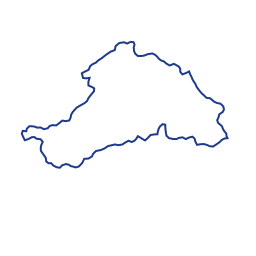 Dom Silvério, Minas Gerais, Brazil, rotated 230°
{"feature_id": "56859067B43340770638367", "entity_name": "Dom Silvério", "entity_type": "district", "adm_level": 2, "iso_a3": "BRA", "parent_name": "Brazil", "parent_adm1": "Minas Gerais", "projection": "equal_earth", "projection_center": [-42.948, -20.12], "detail": "fine", "context": "isolated", "style": "outline", "palette": "blue", "viewbox_px": 256, "rotation_deg": 230, "n_neighbors": 0, "source": "geoboundaries", "source_scale": "gbopen_adm2", "svg_char_len": 2336}
<svg xmlns="http://www.w3.org/2000/svg" viewBox="0 0 256 256"><g transform="rotate(230 128 128)"><path d="M56.3,197.7L58.5,198.3L60.6,199.7L63.5,199.7L66.4,200.2L68.9,201.1L71.1,200.8L74.1,200.3L76.7,201.4L78.0,204.2L79.8,206.7L79.4,210.8L80.5,213.4L83.3,214.9L87.1,214.5L89.9,212.3L92.7,210.9L95.3,210.5L98.0,210.0L100.7,207.5L103.9,207.2L107.3,206.7L110.5,206.7L115.2,207.0L118.5,208.0L121.1,208.2L123.9,208.7L126.3,209.5L129.2,210.1L132.0,211.2L132.8,207.9L134.1,204.1L137.4,204.1L139.9,206.1L142.5,206.4L144.6,205.6L147.7,204.4L149.1,200.1L152.7,198.8L155.9,198.3L158.2,196.9L160.6,196.2L164.1,196.2L166.7,195.8L169.5,194.5L171.8,190.7L173.0,187.1L174.5,184.6L176.9,181.8L180.1,181.3L182.8,182.0L186.0,184.1L187.8,186.7L190.2,187.4L192.2,185.5L193.3,181.6L196.2,180.1L198.7,176.0L198.7,171.2L196.2,167.9L197.6,164.0L198.2,158.4L198.4,152.2L198.9,148.9L198.7,145.4L199.7,141.7L199.7,138.9L197.9,135.2L198.9,131.3L199.6,127.8L197.6,126.9L195.4,125.7L193.2,127.5L191.1,130.8L188.8,127.3L186.0,125.0L182.7,126.7L180.1,127.6L178.0,125.5L177.2,120.8L176.4,117.1L175.0,114.0L175.0,110.7L175.8,106.5L176.6,101.8L176.2,98.7L175.7,95.6L174.6,92.8L172.9,90.8L171.5,87.9L173.3,84.7L175.9,82.4L175.9,79.2L176.1,74.7L178.8,71.9L179.9,69.2L179.4,66.3L181.2,62.8L184.7,61.3L186.7,58.6L189.0,57.4L190.8,55.8L192.8,53.5L192.5,50.1L190.9,48.0L193.4,45.5L191.9,43.0L189.0,42.1L185.0,41.1L183.5,44.7L182.8,48.4L181.3,50.4L178.4,51.1L175.6,53.8L172.2,53.8L170.8,50.8L169.0,48.5L166.5,46.6L163.6,46.3L160.9,46.1L158.0,45.8L154.9,43.9L152.2,44.4L150.3,46.6L147.5,46.6L144.0,48.0L141.4,50.2L141.7,53.8L140.2,57.4L137.6,59.2L135.5,59.7L133.5,61.3L131.5,62.5L130.1,65.6L130.6,70.3L132.5,74.7L130.0,78.1L129.4,82.1L130.6,84.6L131.0,88.6L128.5,93.2L127.4,97.1L127.0,101.0L125.5,104.0L123.7,107.5L121.2,109.4L119.1,112.8L118.6,116.6L117.9,120.2L114.9,121.8L114.1,124.6L114.4,127.4L115.4,130.3L113.0,131.2L110.4,132.0L107.5,133.1L107.6,136.6L108.1,140.8L106.2,144.0L104.3,146.5L106.0,148.4L107.4,150.5L108.6,153.1L108.7,156.9L106.6,158.7L104.0,156.6L100.2,154.1L97.3,152.5L93.9,152.9L90.7,155.4L88.4,157.9L87.7,160.6L85.9,163.7L82.3,165.2L81.4,168.8L79.9,171.8L77.1,172.2L73.8,170.7L70.7,170.1L68.8,173.4L67.0,175.7L64.7,177.4L61.5,178.9L59.1,181.3L58.6,185.7L58.3,189.2L58.6,192.2L57.9,195.2L56.3,197.7Z" fill="none" stroke="#1e3a8a" stroke-width="2"/></g></svg>